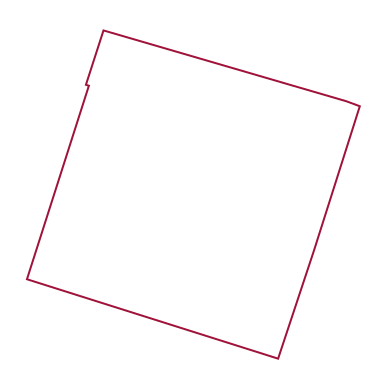 outline of Grundy, Missouri, United States of America, rotated 198°
{"feature_id": "52423323B63054850520902", "entity_name": "Grundy", "entity_type": "district", "adm_level": 2, "iso_a3": "USA", "parent_name": "United States of America", "parent_adm1": "Missouri", "projection": "albers", "projection_center": [-93.583, 40.113], "detail": "fine", "context": "isolated", "style": "outline", "palette": "rose", "viewbox_px": 384, "rotation_deg": 198, "n_neighbors": 0, "source": "geoboundaries", "source_scale": "gbopen_adm2", "svg_char_len": 267}
<svg xmlns="http://www.w3.org/2000/svg" viewBox="0 0 384 384"><g transform="rotate(198 192 192)"><path d="M58.9,325.4L73.1,326.0L326.1,318.3L326.0,261.2L322.9,261.2L322.0,58.0L58.6,60.1L57.9,174.3L58.9,325.4Z" fill="none" stroke="#9f1239" stroke-width="2"/></g></svg>